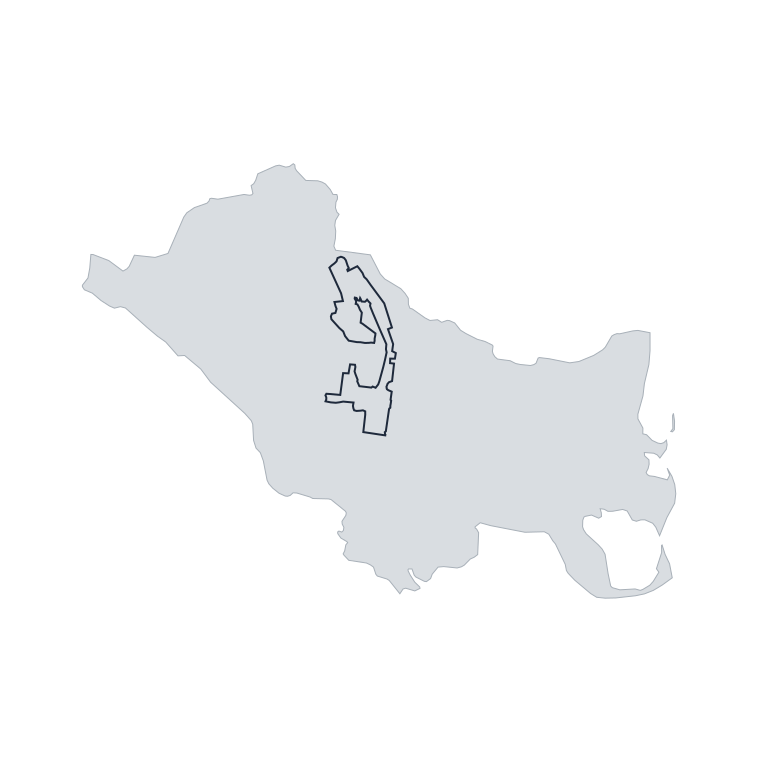 location of Tejen, Ahal, Turkmenistan, rotated 188°
{"feature_id": "10190150B49022220136906", "entity_name": "Tejen", "entity_type": "district", "adm_level": 2, "iso_a3": "TKM", "parent_name": "Turkmenistan", "parent_adm1": "Ahal", "projection": "robinson", "projection_center": [60.242, 38.323], "detail": "medium", "context": "in_parent", "style": "outline", "palette": "slate", "viewbox_px": 768, "rotation_deg": 188, "n_neighbors": 0, "source": "geoboundaries", "source_scale": "gbopen_adm2", "svg_char_len": 5592}
<svg xmlns="http://www.w3.org/2000/svg" viewBox="0 0 768 768"><g transform="rotate(188 384 384)"><path d="M223.8,256.8L258.7,258.6L269.4,260.0L273.9,255.3L273.7,254.1L272.1,253.2L269.6,249.9L267.5,228.1L270.6,225.0L274.2,222.7L279.3,215.8L282.0,213.7L286.0,212.0L299.4,211.5L305.0,210.2L309.8,202.4L310.8,197.8L314.5,194.2L316.5,194.2L325.6,197.3L327.5,198.9L330.5,204.7L333.9,204.3L334.4,203.4L334.0,202.1L331.5,198.5L325.9,192.0L320.4,188.0L319.9,186.6L324.7,183.4L334.1,184.8L336.6,183.7L339.1,178.5L351.5,190.2L353.9,191.3L363.9,192.9L365.6,194.5L368.9,201.2L372.3,203.0L376.5,204.3L394.3,204.5L399.9,209.0L400.8,210.1L399.7,213.3L399.4,219.4L397.9,221.8L398.9,222.8L405.2,225.4L408.9,229.3L409.3,231.0L408.2,232.1L405.2,231.5L403.8,233.3L403.8,236.5L405.9,239.5L406.5,242.2L403.5,248.5L403.4,251.1L404.4,252.6L420.4,262.2L423.0,262.5L438.6,260.7L441.5,261.8L455.1,263.9L458.9,263.6L461.4,260.6L463.9,259.4L466.2,259.3L472.7,261.2L479.6,265.3L484.1,269.1L486.4,272.5L492.8,291.1L496.9,298.8L501.8,302.7L505.3,310.0L508.4,325.9L510.3,329.2L517.7,335.5L555.9,361.6L567.5,373.3L585.4,384.5L591.9,383.2L606.0,395.2L614.9,399.8L626.4,407.0L650.6,423.3L655.8,423.9L661.5,421.6L666.6,423.0L675.7,427.2L685.5,433.4L693.8,435.6L696.2,438.4L696.4,439.9L691.9,447.8L691.5,457.9L692.3,471.5L690.1,471.7L673.7,467.9L658.2,459.5L654.6,462.2L652.7,465.0L649.1,476.8L628.3,477.5L616.1,483.2L605.5,521.4L603.1,526.1L596.3,532.3L584.5,538.4L582.7,540.9L582.3,543.2L580.8,543.9L574.2,543.9L549.0,552.2L543.5,552.2L541.3,552.9L540.3,554.4L543.2,562.0L540.9,564.2L539.4,567.9L538.2,574.6L521.7,584.9L518.2,586.1L511.5,585.1L508.0,586.2L504.5,589.5L502.8,588.5L502.0,585.2L500.2,583.0L489.8,574.7L477.8,576.0L473.4,575.3L469.8,573.9L464.3,569.1L460.9,564.6L457.1,565.1L456.1,563.0L455.9,560.5L456.9,557.4L456.6,551.7L454.5,547.6L452.1,545.8L454.8,539.2L454.8,534.2L453.1,528.8L452.4,521.1L452.8,513.5L450.5,509.7L415.5,510.0L403.0,492.4L397.9,488.1L380.6,480.7L375.8,476.7L371.9,472.3L370.9,466.3L369.0,462.7L366.3,462.2L352.7,455.2L347.3,453.3L339.9,455.1L335.5,453.1L330.3,455.8L328.1,455.9L322.5,454.3L315.7,447.9L310.0,445.4L298.0,441.3L289.6,440.1L282.1,437.6L281.3,436.7L281.2,431.4L280.2,429.1L278.1,426.5L275.1,424.5L262.3,424.6L256.4,422.6L251.8,422.3L241.5,422.7L238.2,424.1L236.3,425.8L235.0,431.1L233.9,431.8L224.0,432.0L203.0,430.8L194.1,433.4L180.3,441.5L172.3,448.2L170.0,451.2L165.1,463.2L163.0,464.9L160.3,466.3L157.6,466.5L145.0,471.2L140.1,472.4L127.7,471.8L125.2,454.1L124.4,440.1L126.2,420.7L125.9,408.3L128.4,389.4L127.7,384.8L121.5,376.4L120.8,370.7L116.9,370.3L110.7,365.5L104.6,363.6L101.5,363.5L98.7,364.9L96.5,367.7L95.2,363.2L95.4,358.6L100.5,349.1L103.5,351.8L107.3,353.0L116.7,352.4L115.9,349.1L111.1,345.8L110.3,341.5L110.7,337.0L112.1,332.8L110.7,331.0L108.5,330.0L103.4,330.1L90.1,328.5L88.4,333.5L91.9,340.1L86.0,332.6L82.1,324.9L79.8,316.0L79.6,306.4L85.3,291.0L90.0,272.1L94.9,280.0L98.5,283.5L106.7,285.8L110.7,285.2L115.0,283.2L119.2,283.9L125.5,292.1L130.2,293.0L139.9,289.8L144.5,289.1L148.5,290.6L152.6,290.6L150.9,286.7L150.2,283.0L152.7,281.0L160.3,283.1L166.4,280.9L167.5,280.0L168.2,276.7L167.5,270.3L166.1,267.5L162.8,263.7L149.5,254.6L145.0,250.9L141.4,246.2L135.7,227.4L131.4,215.5L129.6,214.1L121.8,213.0L106.8,216.0L101.5,215.3L99.1,216.6L92.8,221.7L89.9,226.0L85.6,235.9L88.5,239.0L85.6,255.7L86.7,262.8L86.2,263.3L82.0,254.5L76.2,245.7L71.6,232.2L80.8,223.4L88.6,217.1L96.9,212.4L105.5,209.3L124.7,204.4L135.2,202.7L143.7,202.4L150.3,205.3L167.7,216.2L175.3,222.2L177.4,224.7L179.4,230.6L192.0,249.5L195.0,252.2L199.9,258.2L204.7,260.0L223.8,256.8ZM93.8,392.7L93.3,395.2L91.1,387.6L90.1,379.2L91.7,376.8L93.4,376.9L91.7,380.0L93.8,392.7Z" fill="#d9dde1" stroke="#a8b0b8" stroke-width="1"/><path d="M422.0,360.9L411.6,361.4L411.7,358.0L410.9,355.6L409.9,353.8L407.4,353.5L403.6,354.3L401.2,355.0L398.8,354.3L398.3,350.9L397.8,333.5L375.6,333.3L375.6,333.8L375.8,333.8L376.1,334.9L376.5,336.4L375.6,337.4L375.5,359.8L375.3,360.5L374.5,361.3L374.5,362.2L374.7,363.0L374.6,365.5L374.6,368.6L374.8,368.8L375.3,369.2L375.3,377.5L379.0,378.5L379.4,378.8L380.3,379.2L380.5,379.6L380.7,379.8L380.7,380.3L381.2,381.5L380.6,384.1L380.6,384.5L379.3,386.5L376.4,388.0L376.9,405.6L380.9,405.5L381.4,410.0L376.7,410.6L376.6,416.3L380.5,417.7L380.5,424.8L387.7,438.9L384.0,441.0L395.0,463.9L411.0,480.2L414.2,483.6L415.8,485.3L418.6,487.3L420.7,490.9L424.5,494.8L426.8,496.9L435.6,490.8L436.3,492.1L435.0,493.9L436.5,496.1L439.0,501.2L441.0,503.2L443.0,503.8L444.4,504.0L447.5,502.3L448.1,498.8L449.9,496.5L452.4,494.0L454.3,491.6L439.1,467.8L436.2,460.4L444.5,458.3L442.9,454.5L441.4,451.8L442.0,447.6L445.3,446.4L446.0,443.6L445.1,440.8L436.0,433.2L431.7,430.4L429.2,426.0L425.0,422.0L416.8,421.7L413.1,422.1L408.5,422.0L404.5,422.7L402.6,423.2L399.5,423.3L399.3,425.4L399.6,427.7L399.4,431.0L399.5,432.9L413.7,440.7L415.7,441.5L415.9,451.6L418.1,454.1L419.8,457.0L421.4,459.1L423.2,459.4L423.0,461.6L423.9,463.3L424.9,464.4L424.9,465.5L423.2,465.4L422.5,464.5L422.1,463.4L420.6,463.1L419.9,463.1L419.6,465.8L419.2,465.3L417.6,462.6L414.3,462.8L413.5,463.6L412.5,465.2L410.7,463.5L408.6,461.9L408.7,459.5L407.9,457.9L404.6,452.2L396.7,439.1L387.2,423.7L386.9,418.7L385.8,415.7L386.4,407.8L387.1,400.7L389.0,386.0L389.7,382.7L391.8,379.1L394.9,379.9L396.0,378.7L408.1,378.4L410.9,383.0L410.7,384.5L413.7,389.9L414.9,392.4L414.7,396.9L415.4,399.0L420.3,398.7L420.6,389.6L426.0,389.1L425.8,367.1L435.7,366.6L439.7,366.3L440.4,364.6L439.3,362.7L439.0,360.9L439.5,358.7L434.1,358.4L429.1,358.7L425.8,359.6L422.0,360.9Z" fill="none" stroke="#1e293b" stroke-width="2"/></g></svg>